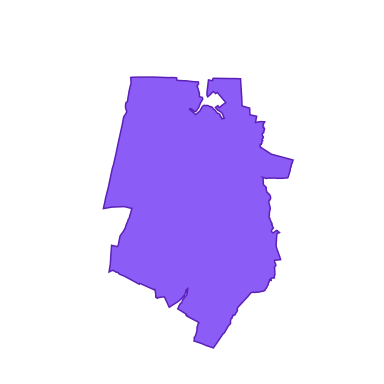 the district of Focuri, Iasi, Romania, rotated 44°
{"feature_id": "2599482B56275033874011", "entity_name": "Focuri", "entity_type": "district", "adm_level": 2, "iso_a3": "ROU", "parent_name": "Romania", "parent_adm1": "Iasi", "projection": "natural_earth1", "projection_center": [27.203, 47.342], "detail": "fine", "context": "isolated", "style": "filled", "palette": "violet", "viewbox_px": 384, "rotation_deg": 44, "n_neighbors": 0, "source": "geoboundaries", "source_scale": "gbopen_adm2", "svg_char_len": 6020}
<svg xmlns="http://www.w3.org/2000/svg" viewBox="0 0 384 384"><g transform="rotate(44 192 192)"><path d="M242.5,98.8L222.8,109.7L211.4,111.9L210.3,112.4L209.7,111.8L209.4,111.9L209.0,111.5L208.8,111.5L208.7,111.2L208.5,110.9L208.1,110.3L208.1,110.1L208.7,109.8L208.8,109.7L208.4,109.2L208.5,108.6L207.1,106.9L207.3,106.0L207.1,105.8L206.4,105.8L205.7,105.2L205.5,104.7L205.7,104.0L205.6,103.5L205.4,103.1L204.6,102.6L204.0,102.7L202.7,102.1L202.0,100.6L202.3,99.9L202.2,99.1L201.4,98.5L201.2,98.2L201.1,97.4L200.0,95.9L199.2,96.3L198.6,95.5L197.8,95.9L196.7,94.4L196.2,93.9L196.4,93.7L196.0,92.8L195.5,91.0L192.2,93.9L189.4,97.9L185.9,92.6L180.1,96.2L175.2,91.6L168.2,95.3L162.7,90.0L151.9,80.2L148.3,76.8L143.5,81.1L140.4,84.1L128.5,95.2L128.3,95.5L128.3,95.9L129.3,97.4L129.2,97.9L126.0,99.9L133.1,109.3L135.0,111.5L135.7,112.1L137.2,112.6L137.5,109.4L137.5,104.9L140.6,104.8L141.0,102.8L154.1,104.2L154.2,104.3L154.2,104.6L153.8,106.1L153.3,109.3L153.2,111.4L153.1,112.2L150.6,111.9L150.1,114.9L153.9,115.2L156.6,114.5L158.1,114.4L159.2,114.5L160.9,115.2L164.0,116.6L162.7,118.6L161.7,117.9L161.2,117.7L160.3,118.0L159.9,118.0L159.7,117.7L158.6,117.0L157.4,116.9L156.7,117.0L155.6,117.5L155.4,117.7L154.9,117.8L151.8,117.1L150.8,117.1L149.9,117.5L148.0,117.0L147.3,117.1L146.9,117.1L146.6,117.5L146.4,117.8L146.1,117.7L145.1,118.3L144.1,118.5L143.8,118.6L142.5,119.4L141.8,120.4L140.9,120.9L140.4,121.3L140.2,122.1L140.1,122.9L140.2,123.9L140.6,125.2L141.0,127.1L141.4,128.1L140.8,133.7L132.7,134.2L132.6,133.7L133.0,133.2L133.6,132.7L134.2,132.5L135.1,132.6L136.3,132.4L137.9,132.3L138.3,132.1L138.6,131.7L138.7,131.3L138.8,130.9L138.2,126.7L136.2,121.9L135.2,117.7L134.3,117.1L133.4,116.9L131.2,118.3L128.4,115.6L125.0,113.8L124.4,113.3L123.3,113.0L122.8,112.6L122.7,112.3L122.3,112.4L122.0,112.2L121.7,111.7L121.7,110.8L121.9,110.4L121.7,109.8L120.2,108.4L115.4,112.4L110.5,116.1L108.1,118.3L103.7,122.1L101.7,120.6L101.3,120.7L97.7,123.9L95.7,126.0L86.3,134.4L83.1,137.4L72.6,147.6L69.5,150.8L68.3,152.2L69.1,152.8L70.3,154.0L71.9,155.4L72.6,156.1L73.6,158.0L75.8,161.7L77.0,163.7L77.9,164.8L80.3,168.4L82.0,170.8L82.8,172.3L82.7,172.9L82.4,173.4L82.7,174.1L83.4,175.1L84.7,176.7L85.3,177.2L86.8,178.3L88.8,179.2L89.5,180.0L89.8,181.1L90.3,183.3L90.5,183.9L90.4,184.6L91.1,186.1L94.7,191.5L106.9,211.3L110.0,216.1L116.8,227.3L117.5,228.9L119.1,231.7L128.9,247.3L131.6,252.2L132.9,254.3L134.1,256.5L136.7,260.4L137.7,262.2L139.8,265.5L144.7,258.7L153.0,250.0L154.3,249.0L158.2,246.8L160.2,245.5L160.3,245.7L161.1,247.5L162.1,248.9L163.6,252.2L164.6,253.7L165.0,254.5L165.2,256.2L166.0,257.5L167.4,261.2L169.1,264.6L169.2,265.3L169.8,267.2L170.1,268.7L170.1,269.4L170.4,270.9L170.6,272.7L170.8,273.4L171.2,274.3L175.9,281.5L176.4,282.9L176.3,283.1L171.2,286.2L179.2,295.9L180.1,296.8L183.6,301.0L187.9,307.2L188.0,307.0L188.8,304.5L189.2,304.0L189.7,303.1L190.1,302.9L191.2,302.9L192.3,302.6L193.3,302.2L194.2,301.7L194.5,301.4L195.0,301.2L195.7,301.5L196.9,301.5L201.8,299.5L218.1,295.0L218.0,293.9L232.8,288.6L232.6,288.2L233.3,287.9L236.0,290.1L237.3,291.0L238.7,292.6L239.1,292.9L239.5,292.9L239.9,292.3L240.9,292.5L241.1,291.3L242.2,290.2L242.4,289.6L245.0,286.6L247.6,287.6L255.7,290.7L256.6,286.6L257.7,282.3L258.3,279.3L258.4,277.7L258.4,274.2L258.2,272.0L257.3,268.6L256.0,266.9L255.9,266.5L256.1,264.5L257.1,265.9L258.5,267.6L259.6,269.6L259.7,270.5L259.7,271.8L260.0,273.9L260.1,275.6L260.4,276.6L261.5,278.6L261.5,279.0L261.1,280.0L261.1,280.4L261.9,283.5L262.4,284.3L262.8,285.9L263.3,285.9L272.5,283.9L272.8,284.0L273.0,284.7L275.0,284.3L275.0,284.7L284.5,282.0L284.7,281.8L287.7,281.2L288.1,282.8L289.1,284.9L290.1,286.5L291.0,287.2L292.9,290.0L294.4,293.2L294.6,293.9L294.6,294.8L294.7,295.2L295.1,295.6L295.6,295.9L296.8,297.4L296.9,297.8L304.2,294.3L308.8,292.6L315.7,289.3L315.0,284.9L312.9,272.6L312.9,272.0L313.1,271.4L313.1,270.6L311.1,262.9L311.2,260.2L310.8,259.4L309.7,258.6L309.2,257.8L308.5,256.9L308.2,256.0L308.4,255.3L308.4,254.8L307.6,253.7L307.6,253.1L307.5,252.8L307.1,252.3L307.2,252.1L308.1,251.0L308.3,250.4L308.0,249.5L307.6,248.8L307.5,248.3L307.5,247.1L306.8,245.4L305.8,244.6L305.4,244.1L305.1,243.1L305.0,238.3L305.0,237.7L304.8,237.7L304.6,237.5L305.0,236.8L304.9,234.6L304.8,228.4L304.6,226.4L304.4,223.7L305.4,221.7L305.7,221.5L306.6,221.1L307.8,219.4L309.0,218.4L310.5,216.2L310.8,215.5L312.0,214.1L312.8,212.3L312.3,210.6L312.2,209.1L312.1,208.7L311.6,207.7L311.6,207.3L311.4,206.7L311.4,206.3L310.9,205.3L310.4,204.7L309.9,203.3L309.6,203.1L309.7,202.5L309.5,201.9L309.0,201.5L308.8,201.2L310.3,200.5L308.8,199.3L310.9,196.4L310.1,196.1L309.8,195.7L309.5,194.9L309.1,193.9L304.9,189.9L303.5,188.9L303.6,187.3L303.2,186.5L302.7,186.0L302.2,185.7L301.2,185.5L299.9,184.8L299.1,184.1L298.8,183.6L299.0,183.5L300.5,181.8L302.7,179.1L299.7,177.4L298.9,177.1L296.6,175.9L295.4,175.3L292.2,173.8L289.8,172.2L287.7,169.9L287.2,169.2L283.0,164.2L282.2,163.0L282.1,162.7L283.1,160.4L282.4,160.4L281.9,160.7L281.6,160.8L281.1,160.6L280.4,160.5L279.4,161.0L279.1,163.1L279.0,163.8L278.8,164.9L278.7,165.1L277.7,165.3L276.7,165.2L276.2,164.8L275.8,164.0L275.6,161.3L273.9,160.8L271.9,159.9L272.1,159.6L271.2,159.0L269.7,158.6L268.6,158.0L267.2,157.7L266.5,157.1L266.4,156.8L266.0,156.9L265.3,156.8L264.8,156.5L263.9,155.2L263.8,154.9L262.9,154.2L262.8,153.9L262.2,153.4L261.6,152.5L260.3,150.2L259.5,149.2L257.2,147.7L256.1,147.2L254.3,145.8L253.3,144.5L253.4,144.1L253.6,143.8L253.5,143.2L253.1,142.1L252.4,141.4L251.4,140.7L250.3,140.1L247.5,139.9L246.7,140.2L246.4,140.2L244.0,138.9L243.4,138.5L242.5,137.3L242.3,137.2L241.0,137.0L239.1,137.2L238.7,137.1L237.3,136.3L236.4,135.3L235.0,134.2L233.7,132.7L233.3,132.3L232.8,132.3L234.6,131.3L235.7,131.0L237.5,128.7L240.3,126.1L241.5,124.7L242.3,124.0L243.3,123.5L244.1,122.6L247.3,119.6L249.3,117.2L250.6,115.9L250.9,115.3L251.0,115.1L250.7,114.3L247.8,108.5L246.3,106.8L246.1,105.6L245.3,104.7L245.3,104.3L245.0,103.7L244.1,102.9L244.1,102.1L243.9,101.5L242.5,98.8Z" fill="#8b5cf6" stroke="#5b21b6" stroke-width="1.5"/></g></svg>